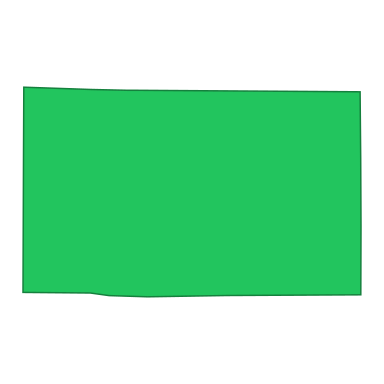 Greene, Indiana, United States of America (orthographic projection)
{"feature_id": "52423323B68653933652914", "entity_name": "Greene", "entity_type": "district", "adm_level": 2, "iso_a3": "USA", "parent_name": "United States of America", "parent_adm1": "Indiana", "projection": "orthographic", "projection_center": [-86.97, 39.037], "detail": "fine", "context": "isolated", "style": "filled", "palette": "green", "viewbox_px": 384, "rotation_deg": 0, "n_neighbors": 0, "source": "geoboundaries", "source_scale": "gbopen_adm2", "svg_char_len": 302}
<svg xmlns="http://www.w3.org/2000/svg" viewBox="0 0 384 384"><path d="M361.0,226.6L360.7,158.6L360.1,91.8L136.1,90.3L127.8,90.3L91.2,89.5L23.8,87.2L23.5,155.1L23.0,292.4L90.3,293.0L109.1,295.6L147.5,296.8L226.8,295.5L360.8,294.8L361.0,226.6Z" fill="#22c55e" stroke="#15803d" stroke-width="1.5"/></svg>